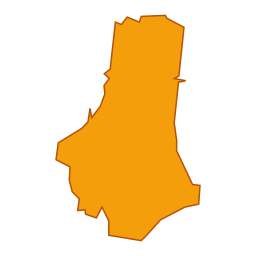 outline of Marshall, Tennessee, United States of America
{"feature_id": "52423323B88025454001467", "entity_name": "Marshall", "entity_type": "district", "adm_level": 2, "iso_a3": "USA", "parent_name": "United States of America", "parent_adm1": "Tennessee", "projection": "natural_earth1", "projection_center": [-86.784, 35.481], "detail": "fine", "context": "isolated", "style": "filled", "palette": "amber", "viewbox_px": 256, "rotation_deg": 0, "n_neighbors": 0, "source": "geoboundaries", "source_scale": "gbopen_adm2", "svg_char_len": 652}
<svg xmlns="http://www.w3.org/2000/svg" viewBox="0 0 256 256"><path d="M127.2,17.1L121.3,24.5L115.4,22.1L110.2,69.1L104.2,73.8L109.2,78.4L104.0,85.7L104.9,93.8L100.3,106.3L91.7,117.6L90.0,108.4L88.0,121.8L82.0,128.2L58.3,142.8L56.0,159.7L70.0,166.9L69.3,180.4L72.2,191.7L79.3,198.9L77.7,210.5L85.0,209.9L85.6,214.2L96.4,217.9L102.0,207.1L108.7,220.7L108.8,235.3L141.2,240.6L145.3,236.7L160.7,219.7L184.9,207.1L198.7,204.1L200.0,185.4L192.5,184.5L176.6,150.7L176.7,140.5L174.2,122.9L178.5,82.3L185.7,80.7L174.3,78.5L178.9,75.9L184.0,27.3L166.8,18.3L165.4,15.4L141.3,16.4L139.3,22.1L127.2,17.1Z" fill="#f59e0b" stroke="#b45309" stroke-width="1.5"/></svg>